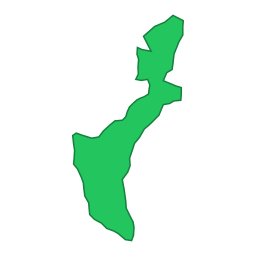 Evrychou, Nicosia, Cyprus
{"feature_id": "46923920B84453805319018", "entity_name": "Evrychou", "entity_type": "district", "adm_level": 2, "iso_a3": "CYP", "parent_name": "Cyprus", "parent_adm1": "Nicosia", "projection": "equal_earth", "projection_center": [32.917, 35.056], "detail": "fine", "context": "isolated", "style": "filled", "palette": "green", "viewbox_px": 256, "rotation_deg": 0, "n_neighbors": 0, "source": "geoboundaries", "source_scale": "gbopen_adm2", "svg_char_len": 1126}
<svg xmlns="http://www.w3.org/2000/svg" viewBox="0 0 256 256"><path d="M173.0,15.4L164.8,22.2L154.9,26.3L143.5,36.3L151.1,51.2L142.0,49.6L137.4,47.5L137.0,54.2L138.6,59.3L138.0,67.2L138.3,74.0L135.8,79.4L141.4,80.4L147.6,79.4L149.8,84.8L148.9,90.6L148.6,94.0L144.2,96.7L139.8,98.4L136.7,100.1L133.6,102.9L129.5,106.9L127.3,111.7L125.8,116.8L122.4,120.2L114.9,120.9L109.9,125.0L103.3,131.1L98.9,136.9L91.8,138.2L82.1,135.2L76.2,133.1L72.7,135.5L73.6,143.9L74.6,150.3L74.1,158.8L73.6,164.1L77.5,168.9L81.4,177.4L83.3,182.7L83.8,188.0L84.8,196.0L88.7,202.9L89.2,209.3L89.7,214.6L94.5,219.4L101.4,223.1L106.7,228.4L114.0,231.1L118.4,233.7L125.3,239.6L131.6,240.6L133.5,235.3L134.0,227.3L133.1,222.0L130.6,217.2L126.2,208.2L125.7,200.8L124.3,190.7L122.3,179.5L127.7,172.1L130.1,165.7L129.6,158.2L132.1,150.8L134.5,143.4L139.4,137.5L144.3,129.0L148.7,125.3L152.6,121.6L158.9,115.2L163.3,104.6L169.6,103.5L174.0,100.9L180.8,100.3L181.3,93.4L181.3,87.6L176.0,86.0L163.3,80.7L166.7,72.7L172.1,69.5L173.0,63.2L174.0,54.1L178.9,41.9L182.8,35.0L182.8,26.5L183.3,20.7L173.0,15.4Z" fill="#22c55e" stroke="#15803d" stroke-width="1.5"/></svg>